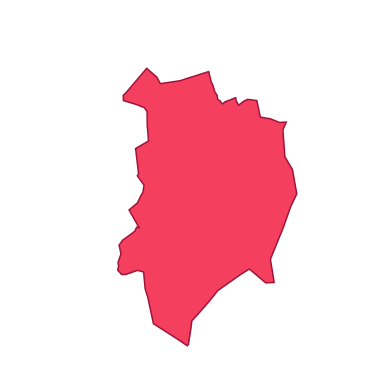 Iwo, Osun, Nigeria, rotated 228°
{"feature_id": "59680162B23671729796425", "entity_name": "Iwo", "entity_type": "district", "adm_level": 2, "iso_a3": "NGA", "parent_name": "Nigeria", "parent_adm1": "Osun", "projection": "robinson", "projection_center": [4.161, 7.675], "detail": "fine", "context": "isolated", "style": "filled", "palette": "rose", "viewbox_px": 384, "rotation_deg": 228, "n_neighbors": 0, "source": "geoboundaries", "source_scale": "gbopen_adm2", "svg_char_len": 1284}
<svg xmlns="http://www.w3.org/2000/svg" viewBox="0 0 384 384"><g transform="rotate(228 192 192)"><path d="M314.2,241.1L309.9,209.1L309.9,206.0L309.8,205.5L305.8,202.2L294.3,209.2L286.5,213.0L281.9,212.5L271.1,203.0L267.6,200.4L259.0,193.8L262.1,179.2L241.3,164.5L240.6,162.2L229.2,160.9L224.5,155.2L224.1,153.2L222.5,149.2L220.4,144.1L220.8,133.2L200.9,128.8L202.9,127.3L201.2,123.7L201.4,119.7L202.6,108.1L201.3,102.3L193.5,97.8L189.1,89.8L185.8,87.7L183.8,84.5L177.8,84.5L175.1,87.5L170.2,99.1L164.9,102.5L151.4,92.4L143.2,88.6L119.9,75.2L94.8,82.1L80.9,85.6L81.1,87.3L90.5,98.9L96.4,105.7L97.3,115.4L99.0,129.9L101.5,145.4L98.1,173.4L96.4,183.1L75.1,186.0L69.8,192.5L89.6,205.3L98.5,223.7L104.1,235.3L115.1,255.6L119.7,266.7L120.5,268.6L141.5,281.7L156.0,284.6L177.3,301.1L180.9,308.8L185.1,303.6L193.8,299.3L202.0,292.9L216.6,301.4L223.6,295.4L224.9,291.0L225.3,284.7L230.5,286.0L232.8,287.5L233.7,285.8L233.7,284.9L234.2,284.1L234.7,282.4L235.0,281.3L236.0,279.8L236.2,278.8L236.1,277.6L236.9,277.4L237.0,275.7L236.8,274.0L237.2,273.7L238.5,273.6L239.7,273.6L240.7,273.9L242.3,273.3L243.8,273.1L247.0,275.4L250.9,275.9L257.9,279.2L261.1,280.0L270.3,285.0L277.6,269.0L282.8,257.4L293.7,241.0L301.0,242.7L314.2,241.1Z" fill="#f43f5e" stroke="#9f1239" stroke-width="1.5"/></g></svg>